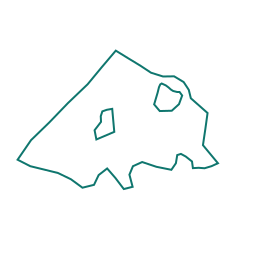 an SVG outline of Yevlakh Rayon, rotated 287°
{"feature_id": "AZE-1688", "entity_name": "Yevlakh Rayon", "entity_type": "District", "adm_level": 1, "iso_a3": "AZE", "parent_name": "Azerbaijan", "parent_adm1": "", "projection": "orthographic", "projection_center": [47.016, 40.691], "detail": "fine", "context": "isolated", "style": "outline", "palette": "teal", "viewbox_px": 256, "rotation_deg": 287, "n_neighbors": 0, "source": "natural_earth", "source_scale": "10m", "svg_char_len": 989}
<svg xmlns="http://www.w3.org/2000/svg" viewBox="0 0 256 256"><g transform="rotate(287 128 128)"><path d="M120.6,224.3L115.9,219.0L111.9,213.0L110.6,207.2L108.6,201.8L114.7,199.0L117.6,191.6L118.7,186.2L116.5,183.0L108.3,184.1L100.7,181.7L99.2,166.5L99.6,151.5L92.9,143.9L83.8,143.0L73.1,149.6L68.4,141.8L76.5,130.6L83.2,119.9L74.4,113.7L63.7,112.1L57.6,101.9L62.3,88.4L64.5,74.2L63.7,59.5L62.9,45.7L65.4,31.7L88.0,38.8L110.3,51.1L134.3,63.3L158.0,76.6L178.2,85.0L198.4,93.7L194.7,107.9L191.1,122.0L187.6,133.8L187.5,146.4L190.9,157.0L188.2,167.8L184.0,172.9L182.2,175.0L174.8,179.4L165.6,199.7L150.0,202.2L133.5,204.7L120.6,224.3ZM174.9,170.3L177.5,166.8L176.8,164.5L176.6,160.3L177.3,157.8L178.6,155.0L179.8,151.7L180.4,147.2L179.1,146.1L176.1,145.7L170.3,146.0L158.2,146.1L153.5,153.4L157.3,164.8L165.7,169.8L174.9,170.3ZM126.0,100.4L116.1,96.7L107.8,101.1L120.3,116.0L141.7,107.3L139.2,102.4L136.4,98.6L131.3,98.5L126.0,100.4Z" fill="none" stroke="#0f766e" stroke-width="2"/></g></svg>